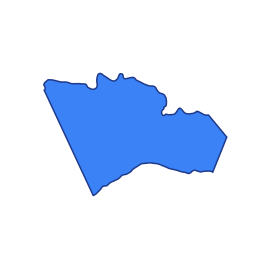 outline of Le Riche, Choiseul, Saint Lucia, rotated 230°
{"feature_id": "8701671B41472866915589", "entity_name": "Le Riche", "entity_type": "district", "adm_level": 2, "iso_a3": "LCA", "parent_name": "Saint Lucia", "parent_adm1": "Choiseul", "projection": "orthographic", "projection_center": [-61.048, 13.784], "detail": "fine", "context": "isolated", "style": "filled", "palette": "blue", "viewbox_px": 256, "rotation_deg": 230, "n_neighbors": 0, "source": "geoboundaries", "source_scale": "gbopen_adm2", "svg_char_len": 5555}
<svg xmlns="http://www.w3.org/2000/svg" viewBox="0 0 256 256"><g transform="rotate(230 128 128)"><path d="M187.5,123.9L189.1,123.6L189.7,122.9L190.6,122.0L191.0,121.6L192.9,119.5L193.7,118.8L195.1,117.0L198.2,113.2L198.8,112.9L201.0,111.6L202.4,110.6L202.8,110.3L203.9,109.1L206.2,106.3L213.4,101.0L216.3,97.8L216.3,93.3L216.0,92.7L215.2,91.2L212.1,90.6L210.6,88.8L210.7,88.3L210.8,88.1L98.7,58.0L98.5,58.3L98.3,59.1L98.2,59.6L98.2,60.2L98.1,60.5L98.1,61.1L98.1,61.5L98.1,62.0L98.2,62.6L98.3,63.5L98.3,63.8L98.3,64.5L98.4,65.0L98.4,65.3L98.5,66.0L98.6,66.7L98.7,67.5L98.8,68.0L98.9,68.3L99.1,68.8L99.1,69.0L99.2,69.6L99.3,70.0L99.5,70.4L99.6,70.9L98.4,73.2L97.3,74.8L97.4,75.8L97.4,76.5L97.5,77.1L97.5,77.7L97.6,78.1L97.5,78.8L97.4,79.4L97.4,79.8L97.3,80.4L97.2,80.7L97.1,81.0L97.0,81.3L96.9,81.7L96.7,82.3L96.6,82.8L96.4,83.4L96.3,83.9L96.2,84.4L96.1,84.7L96.0,84.9L95.9,85.4L95.8,85.7L95.8,85.9L95.7,86.2L95.6,86.4L95.5,86.7L95.5,87.0L95.3,87.6L95.3,88.0L95.3,88.5L95.3,89.1L95.3,89.7L95.4,90.3L95.4,90.7L95.4,91.0L95.5,91.7L95.5,92.0L95.6,92.3L95.8,93.0L94.8,94.8L93.6,97.1L93.5,97.5L93.4,98.1L93.3,98.7L93.2,99.3L93.0,100.1L92.8,100.8L92.8,101.1L92.8,101.7L92.8,101.9L92.8,102.1L92.8,102.5L92.8,102.9L92.9,103.1L93.0,103.7L93.1,104.0L93.2,104.5L93.2,105.1L93.3,105.4L93.3,105.6L92.0,115.4L91.8,115.6L91.6,115.9L87.5,122.0L87.0,122.6L86.6,123.0L86.1,123.5L85.0,124.4L84.1,125.3L82.4,126.9L82.1,127.3L81.9,127.4L81.5,127.7L81.3,127.9L80.9,128.1L80.6,128.3L72.9,132.4L71.8,132.9L71.3,133.1L70.9,133.3L70.5,133.6L70.2,133.8L69.9,134.0L69.6,134.3L68.6,134.9L65.7,137.2L65.1,137.6L63.8,138.5L61.4,140.0L60.6,140.4L59.9,141.0L59.1,141.6L58.5,142.2L58.1,142.5L57.8,142.8L57.3,143.2L57.0,143.4L56.8,143.5L56.5,143.7L56.2,143.9L55.7,144.1L55.1,144.6L54.6,144.9L54.1,145.2L53.5,146.9L53.5,148.0L53.6,148.9L53.7,149.8L53.4,150.6L53.1,151.3L52.7,152.3L51.7,152.7L50.2,153.6L49.7,153.9L47.5,155.5L46.4,157.8L44.9,160.0L43.3,161.9L41.7,163.7L39.7,164.5L57.5,197.8L86.1,198.0L88.4,195.3L90.9,194.2L95.4,192.4L96.3,190.7L96.5,191.0L96.9,189.0L96.9,188.8L96.9,188.5L97.1,188.0L97.7,186.7L98.0,186.3L99.1,184.5L99.7,183.7L100.1,183.2L100.5,182.9L100.9,182.4L101.2,182.2L101.8,181.8L102.3,181.5L102.6,181.4L103.2,181.2L103.4,181.1L104.2,181.0L105.4,181.0L105.8,181.0L106.6,181.0L107.0,181.0L107.5,181.0L108.3,181.0L108.5,180.9L109.2,180.8L109.7,180.5L110.1,180.1L110.2,179.5L110.2,179.2L110.1,178.9L110.1,178.4L109.9,178.0L109.8,177.6L109.6,177.0L109.4,176.4L109.3,176.0L109.1,175.3L109.0,174.7L108.9,174.5L108.8,174.0L108.8,173.4L108.8,172.8L108.9,172.3L109.1,171.8L109.4,171.2L109.7,170.8L110.2,170.1L110.8,169.3L111.5,168.3L112.0,167.6L112.4,167.2L112.8,167.0L113.2,166.7L113.7,166.4L113.8,166.3L114.1,166.0L114.3,165.7L114.4,164.8L114.4,164.3L114.3,164.0L114.3,163.7L114.5,163.4L114.8,163.2L115.2,162.9L115.6,162.8L115.9,162.8L116.1,162.8L116.4,162.8L116.7,162.9L117.2,163.1L117.6,163.2L117.9,163.5L118.2,163.6L118.5,163.9L118.8,164.2L119.0,164.5L119.3,165.0L119.5,165.4L119.6,165.8L119.6,166.3L119.6,167.3L119.7,167.7L120.0,168.2L120.3,168.5L120.7,168.7L120.9,168.8L120.8,169.1L120.6,170.2L120.5,170.7L120.5,171.0L120.6,171.3L120.7,171.5L120.8,171.8L120.9,172.0L121.5,172.6L122.4,173.5L122.9,173.9L123.4,174.3L123.7,174.6L124.1,174.9L124.5,175.2L124.8,175.3L125.0,175.5L125.3,175.7L125.6,175.8L126.4,176.3L126.7,176.5L127.0,176.6L127.3,176.6L127.6,176.7L128.0,176.7L128.4,176.8L128.7,176.9L129.1,177.0L129.5,177.1L129.9,177.0L130.0,177.0L130.4,177.0L130.7,176.9L131.1,176.7L132.1,176.3L132.8,175.9L133.4,175.5L133.9,175.1L134.6,174.7L135.1,174.6L135.5,174.6L136.0,174.5L136.5,174.5L136.9,174.5L138.6,174.7L139.1,174.7L139.8,174.8L140.2,175.0L140.8,175.1L141.2,175.1L142.0,175.1L142.5,174.9L142.8,174.8L143.1,174.7L143.5,174.4L144.3,173.9L144.7,173.4L145.0,173.1L145.4,172.5L146.0,171.9L146.3,171.7L146.8,171.2L147.0,171.0L147.4,170.8L147.7,170.6L148.2,170.4L148.7,170.1L149.2,169.8L150.2,169.2L150.9,168.8L152.6,168.1L153.6,167.7L154.4,167.3L155.2,167.0L156.4,166.4L157.0,166.2L157.7,165.9L158.2,165.7L158.8,165.4L159.4,165.2L159.7,165.1L160.0,165.1L160.5,165.1L161.0,165.2L161.7,165.2L162.3,165.1L162.6,165.0L162.9,164.8L163.4,164.5L163.6,164.3L163.7,164.1L164.1,163.7L164.3,163.4L164.5,163.0L164.9,162.3L165.5,161.3L165.9,160.4L166.3,159.5L166.5,159.3L166.8,158.6L167.2,157.9L167.6,157.5L167.7,157.4L168.0,157.1L168.3,157.0L168.6,156.9L168.8,156.9L169.1,156.9L169.4,156.9L169.5,156.9L169.7,157.0L170.0,157.1L170.3,157.2L170.5,157.3L170.7,157.5L171.2,157.8L171.7,158.1L172.0,158.2L172.4,158.3L172.8,158.3L173.2,158.2L173.8,157.8L174.3,157.3L174.5,157.0L174.6,156.4L174.5,155.6L174.3,155.2L174.0,154.7L173.7,154.0L173.3,153.4L173.0,152.9L172.7,152.3L172.5,152.0L172.5,151.8L172.4,151.1L172.4,150.1L172.4,149.5L172.4,148.9L172.5,148.4L172.7,147.9L173.0,147.4L173.8,146.7L174.4,146.2L175.7,145.6L176.9,145.1L178.6,144.7L180.8,144.1L183.5,143.2L184.9,142.9L186.0,142.7L186.4,142.6L186.9,142.3L187.5,142.0L187.8,141.6L188.1,141.1L188.2,140.6L188.3,140.1L188.3,139.6L188.1,139.2L187.8,138.7L187.5,138.1L187.1,137.5L186.7,136.9L186.3,136.5L185.9,136.1L185.5,135.5L185.0,135.1L184.6,134.7L182.4,133.2L182.1,132.9L181.5,132.6L180.6,132.0L180.3,131.7L180.0,131.3L179.7,130.9L179.5,130.6L179.3,130.2L179.2,129.8L179.1,129.1L179.1,128.8L179.2,128.4L179.2,128.1L179.3,127.6L179.4,127.4L179.5,127.0L179.7,126.7L179.9,126.5L180.1,126.2L180.3,125.9L180.6,125.6L180.8,125.4L181.4,124.9L181.7,124.8L182.1,124.6L182.4,124.5L182.8,124.3L183.1,124.1L183.4,124.0L184.9,123.3L185.3,123.3L186.3,123.5L187.0,123.7L187.5,123.9Z" fill="#3b82f6" stroke="#1e3a8a" stroke-width="1.5"/></g></svg>